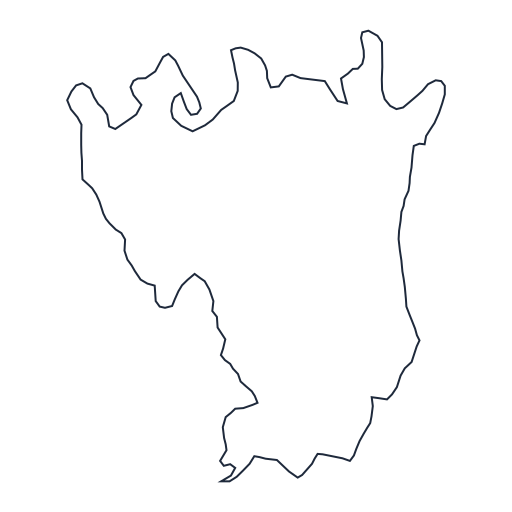 outline of Rolador, Rio Grande do Sul, Brazil
{"feature_id": "56859067B54223989013555", "entity_name": "Rolador", "entity_type": "district", "adm_level": 2, "iso_a3": "BRA", "parent_name": "Brazil", "parent_adm1": "Rio Grande do Sul", "projection": "natural_earth1", "projection_center": [-54.842, -28.264], "detail": "fine", "context": "isolated", "style": "outline", "palette": "slate", "viewbox_px": 512, "rotation_deg": 0, "n_neighbors": 0, "source": "geoboundaries", "source_scale": "gbopen_adm2", "svg_char_len": 2847}
<svg xmlns="http://www.w3.org/2000/svg" viewBox="0 0 512 512"><path d="M400.6,220.7L401.4,211.9L403.6,206.0L404.6,199.3L408.5,190.8L409.6,183.1L409.9,176.8L411.5,167.6L412.5,155.2L413.8,145.9L419.4,143.7L424.6,144.3L426.1,136.0L430.3,129.4L434.5,123.0L439.0,112.9L442.2,103.4L444.8,94.4L444.8,85.8L441.2,81.1L435.7,80.3L428.0,84.2L422.4,90.9L417.5,95.3L409.3,102.3L403.1,107.5L396.4,109.1L390.2,105.9L384.7,99.2L382.1,90.0L381.8,79.2L382.3,67.0L382.1,51.2L382.0,42.3L377.5,35.8L368.4,30.7L362.3,32.3L361.0,38.0L363.7,50.6L363.9,57.1L362.3,63.8L357.8,68.7L352.8,68.9L347.9,73.6L341.0,78.5L342.9,89.0L346.9,103.4L337.6,101.0L330.0,89.4L324.8,81.1L306.1,78.8L300.5,78.1L292.2,74.7L285.8,76.6L278.8,86.4L270.8,87.4L267.2,78.2L266.9,70.9L265.1,65.4L261.2,58.5L254.6,53.3L248.1,49.8L240.7,47.6L235.7,48.3L231.0,50.2L232.5,57.5L234.0,63.5L235.1,70.3L237.8,82.5L237.7,90.9L233.8,101.0L226.5,106.2L221.2,109.9L212.8,119.5L205.0,125.3L192.6,131.3L181.2,125.8L172.9,118.0L171.3,111.2L172.1,103.6L174.6,97.3L180.8,93.1L183.9,101.8L186.7,109.1L191.0,114.8L197.1,113.8L200.8,108.5L199.3,102.4L197.0,96.7L182.8,75.6L178.1,65.7L175.3,60.4L168.4,53.9L163.1,56.9L160.2,62.2L155.3,71.4L150.5,74.7L145.5,78.2L137.9,78.5L133.5,80.9L130.5,87.1L133.5,95.1L141.4,104.9L136.3,114.4L131.3,118.0L115.3,129.0L109.2,126.4L107.2,114.8L102.7,108.1L98.2,104.0L94.0,97.2L90.3,88.4L82.4,83.3L76.1,85.4L71.4,91.5L67.2,100.2L70.9,109.3L77.5,117.3L81.5,124.7L81.2,133.1L81.2,145.0L81.4,152.8L82.0,160.9L82.0,169.5L82.5,179.4L88.4,184.7L92.2,188.3L96.3,194.6L99.5,201.7L103.3,213.5L105.9,218.8L109.5,223.3L115.8,229.6L121.4,233.1L125.1,239.5L124.5,250.7L127.4,259.6L131.7,265.5L134.8,271.0L140.6,279.6L147.4,283.6L154.7,285.6L155.7,301.1L159.7,306.6L165.0,307.8L172.1,306.0L174.8,299.3L178.4,291.3L182.0,285.3L187.6,279.8L194.6,273.9L200.2,278.1L204.7,281.2L209.4,289.5L213.4,301.1L212.3,311.0L216.9,316.8L217.6,327.5L225.3,339.3L223.1,348.6L220.9,355.1L224.9,360.1L230.2,363.9L233.0,368.7L238.0,374.0L240.6,381.5L245.4,385.8L251.8,391.3L254.8,396.0L257.5,402.8L252.5,404.9L243.3,408.1L235.2,408.7L231.0,412.8L225.7,417.1L222.8,427.2L224.1,438.0L225.7,444.3L226.5,450.2L220.1,460.9L223.8,465.8L230.2,464.2L235.2,467.9L230.9,475.6L221.2,481.3L229.6,481.3L236.7,476.8L242.7,470.9L249.6,463.8L254.3,456.2L259.5,457.1L265.6,458.7L276.9,460.0L289.0,471.5L297.7,477.6L302.1,475.0L312.0,463.8L314.7,458.5L317.6,453.9L322.6,454.3L342.5,458.3L349.9,460.9L353.9,455.5L356.3,448.9L359.6,441.0L363.8,433.5L367.2,427.8L370.2,423.1L371.5,416.4L372.8,406.1L371.7,397.2L379.1,398.2L387.0,399.4L392.0,394.4L396.9,387.1L400.6,375.6L404.8,368.3L411.6,362.0L416.7,346.4L419.5,340.4L416.9,335.2L415.1,328.7L412.3,321.6L409.6,314.9L406.4,306.6L405.9,298.9L404.8,286.9L403.6,278.3L402.4,271.4L401.4,260.5L399.9,250.5L398.6,239.1L399.1,230.6L400.6,220.7Z" fill="none" stroke="#1e293b" stroke-width="2"/></svg>